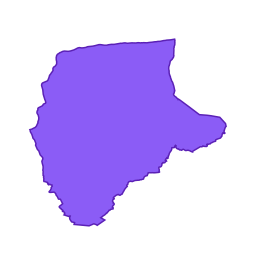 the district of Bikita, Masvingo, Zimbabwe, rotated 258°
{"feature_id": "62879985B26822606878793", "entity_name": "Bikita", "entity_type": "district", "adm_level": 2, "iso_a3": "ZWE", "parent_name": "Zimbabwe", "parent_adm1": "Masvingo", "projection": "equal_earth", "projection_center": [31.804, -20.202], "detail": "fine", "context": "isolated", "style": "filled", "palette": "violet", "viewbox_px": 256, "rotation_deg": 258, "n_neighbors": 0, "source": "geoboundaries", "source_scale": "gbopen_adm2", "svg_char_len": 5626}
<svg xmlns="http://www.w3.org/2000/svg" viewBox="0 0 256 256"><g transform="rotate(258 128 128)"><path d="M215.9,77.0L215.6,76.6L214.8,74.4L213.8,73.3L211.8,72.4L209.5,72.0L207.5,72.0L206.5,71.7L205.4,71.5L204.0,70.1L203.4,69.1L203.0,67.9L202.2,67.2L201.7,66.9L199.8,66.6L198.8,65.6L197.7,64.3L197.1,63.8L195.8,62.2L194.0,61.3L191.3,59.5L190.8,58.7L189.9,54.1L189.5,53.3L188.8,52.7L187.6,52.3L183.1,52.6L178.6,52.1L172.7,52.6L172.3,52.8L170.3,52.9L169.8,52.8L169.6,52.7L169.3,52.2L169.2,51.1L168.7,49.9L168.0,49.5L167.4,48.5L166.4,44.5L166.1,44.2L165.6,43.8L164.4,43.6L163.4,42.6L161.8,42.1L161.0,42.2L159.4,42.8L156.8,42.9L154.9,42.4L152.5,41.0L152.1,41.1L151.7,41.0L150.7,40.1L148.9,38.8L148.3,38.0L147.8,37.2L147.4,35.3L146.9,33.7L146.8,31.7L146.4,31.8L144.7,31.7L141.8,32.6L139.1,32.9L138.0,32.9L137.4,33.1L136.0,34.0L133.3,34.5L131.6,34.7L130.9,34.2L130.4,34.0L125.9,34.9L124.1,36.0L120.0,36.5L117.1,38.2L116.5,38.4L115.3,38.2L114.0,37.2L113.2,36.8L111.1,36.8L108.3,37.0L107.5,36.8L106.6,36.7L104.4,35.9L103.2,36.0L101.4,35.5L100.1,35.3L99.3,35.1L99.1,35.1L98.8,35.5L98.2,35.5L97.1,35.1L96.1,35.2L94.2,34.7L93.3,34.6L93.1,34.7L92.8,35.7L92.1,36.8L91.5,38.0L91.0,38.1L90.5,37.8L90.2,37.8L89.9,38.7L89.7,38.7L89.3,38.3L89.0,38.4L88.9,38.9L89.0,39.6L89.0,40.1L88.8,40.4L88.3,40.8L88.1,41.7L87.7,41.6L86.9,41.8L86.4,41.2L85.6,40.4L84.8,40.4L83.9,39.6L83.5,39.4L82.2,37.7L81.9,37.5L81.4,37.9L81.1,38.8L80.7,42.1L80.3,42.8L79.5,43.2L78.9,43.6L77.0,43.8L75.9,44.5L73.0,45.2L72.7,45.6L72.6,46.6L72.3,47.1L67.5,48.3L66.7,46.9L66.1,45.4L65.4,44.4L65.0,44.3L63.8,44.9L63.0,45.8L62.4,45.8L61.7,46.6L60.9,47.2L60.6,47.2L60.4,46.6L60.0,46.6L59.6,47.6L58.5,48.3L58.2,48.3L57.7,48.0L57.4,48.1L57.4,48.3L56.9,48.2L56.6,47.7L56.3,47.7L56.2,47.5L53.9,51.5L54.0,53.1L53.9,53.2L52.3,52.2L50.7,52.2L47.9,53.3L46.6,56.1L44.9,55.2L40.4,69.6L41.4,74.7L39.9,77.1L39.2,77.6L42.8,86.2L45.9,82.7L46.5,84.1L46.7,84.3L46.8,84.7L47.1,85.1L47.9,87.3L48.3,87.8L49.1,89.4L49.3,89.4L49.3,89.9L50.2,90.9L50.6,91.6L51.5,92.4L51.4,93.3L52.0,94.1L52.0,96.6L53.0,96.9L53.8,96.2L54.3,96.6L54.8,96.8L55.8,98.2L56.4,98.7L57.1,98.6L57.7,97.9L58.2,98.2L59.3,97.7L59.8,97.7L60.8,98.2L61.6,99.8L61.9,99.8L62.4,99.1L62.7,99.1L63.3,99.7L64.8,102.7L64.8,103.4L65.1,104.5L64.1,105.5L64.1,106.0L63.9,106.5L64.7,108.2L64.8,108.5L64.7,108.7L65.9,109.5L66.9,110.5L68.7,112.0L70.3,113.9L71.0,115.1L72.0,114.8L72.5,115.1L72.8,116.0L74.4,116.7L75.1,117.4L75.3,118.0L75.3,118.8L75.5,119.3L75.1,120.1L74.7,121.1L75.2,123.8L74.8,127.3L74.6,127.9L74.9,129.1L74.6,130.0L74.8,130.8L74.8,132.4L75.0,132.7L75.6,132.9L76.5,133.5L76.9,134.1L77.4,135.1L77.4,136.6L77.5,137.0L78.3,137.3L78.9,137.9L80.0,138.5L79.8,139.1L79.8,139.8L79.4,141.2L79.3,142.2L79.0,143.3L78.6,145.1L78.2,148.7L78.3,149.6L78.7,149.7L79.1,149.4L80.4,149.9L81.8,149.8L82.9,149.9L83.1,150.0L83.3,150.3L83.2,151.8L83.6,152.6L84.3,153.2L85.0,153.4L85.4,153.7L86.2,153.8L86.4,154.2L86.4,154.7L86.8,154.7L86.9,154.9L87.0,155.3L86.6,155.9L86.4,156.7L87.3,157.8L87.5,158.4L87.7,158.7L87.7,158.8L88.1,158.7L88.4,157.8L88.6,157.7L89.0,157.9L90.0,158.8L89.9,159.8L90.2,160.7L90.3,160.6L90.5,160.0L90.8,159.8L91.1,160.2L91.1,161.1L91.4,161.5L92.7,161.8L93.0,162.4L94.7,163.2L95.4,164.0L96.0,164.4L96.8,165.5L98.2,166.4L99.5,166.7L99.6,166.9L99.5,167.5L99.3,168.3L99.3,169.4L99.7,169.8L100.3,169.8L101.2,170.8L100.6,171.3L99.9,170.8L99.3,170.8L99.0,171.0L98.1,171.2L97.3,172.0L97.2,172.4L97.2,172.7L96.9,172.8L96.5,173.5L95.9,173.8L95.6,175.0L95.2,175.5L95.1,175.8L95.1,176.0L95.4,176.5L95.7,177.2L95.7,177.6L95.5,178.0L94.1,179.4L93.9,180.0L93.8,182.0L93.6,182.5L92.9,183.7L91.7,185.1L91.1,186.2L91.6,186.3L92.0,187.0L94.6,194.7L94.6,195.1L94.3,196.1L94.3,196.6L94.4,197.0L94.8,197.3L94.8,197.7L94.2,198.5L94.0,199.6L93.7,200.3L93.6,201.0L93.7,201.4L94.2,201.9L94.7,202.0L95.2,201.6L95.5,201.6L95.7,201.9L95.8,202.3L95.4,202.9L95.4,203.4L95.5,203.8L95.4,205.2L95.8,205.6L96.1,206.2L96.2,207.0L96.8,209.1L96.8,210.6L97.0,211.0L97.8,211.1L98.2,211.4L98.6,213.1L98.9,216.1L99.4,217.0L100.1,217.4L100.3,218.0L101.0,218.3L102.8,219.1L103.5,219.7L103.5,220.0L103.0,220.2L102.7,220.5L102.6,221.2L102.8,221.7L103.1,221.7L104.0,221.3L104.8,221.2L105.2,221.3L105.5,221.7L106.1,221.9L108.4,223.3L108.8,223.8L109.3,224.1L109.3,224.3L112.1,224.3L119.4,220.0L122.7,211.8L124.0,208.1L126.2,200.6L135.8,192.3L145.2,184.0L145.3,183.8L145.4,183.0L145.9,183.2L146.8,182.2L148.0,181.6L149.5,180.2L150.7,179.6L151.8,179.6L152.7,180.5L153.9,180.9L154.5,181.3L154.8,181.3L154.8,181.5L159.5,181.5L163.5,181.1L165.0,180.5L167.2,180.3L167.5,180.1L169.8,180.1L170.2,179.9L171.0,179.9L171.1,179.7L173.4,179.7L175.3,180.1L177.4,180.1L178.8,180.5L179.2,180.5L180.0,180.9L180.3,181.3L180.9,181.5L182.3,182.3L183.0,182.5L183.5,182.8L184.6,183.2L185.2,184.2L185.5,184.4L185.9,185.4L186.9,186.1L187.0,186.5L188.2,187.5L189.2,187.7L189.3,187.9L190.1,187.9L195.1,189.2L195.9,189.2L196.5,189.4L196.9,189.8L198.0,190.0L199.2,190.8L199.8,191.0L200.3,191.3L201.8,191.5L202.0,191.7L202.9,191.7L203.2,191.9L204.1,191.9L204.1,192.1L205.2,192.1L205.4,187.7L205.9,184.1L205.9,182.8L206.1,181.1L206.1,177.4L206.5,175.2L206.5,173.8L206.8,171.8L206.9,169.7L207.3,166.3L207.4,164.2L208.3,160.7L208.3,159.9L208.6,158.9L208.6,158.0L209.1,156.6L209.4,155.4L209.5,153.4L210.5,149.3L211.0,145.0L211.9,142.8L212.1,141.0L212.1,139.4L212.4,138.7L212.7,131.7L213.3,129.0L213.5,126.1L213.4,124.4L213.9,122.1L215.3,118.4L215.6,116.8L215.4,112.8L215.4,110.4L215.9,105.9L215.9,105.0L215.6,103.7L215.7,101.3L215.9,99.5L216.8,97.0L216.7,95.2L216.3,94.0L215.6,91.2L215.3,87.7L215.4,85.5L216.5,81.7L216.5,80.0L215.9,77.7L215.9,77.0Z" fill="#8b5cf6" stroke="#5b21b6" stroke-width="1.5"/></g></svg>